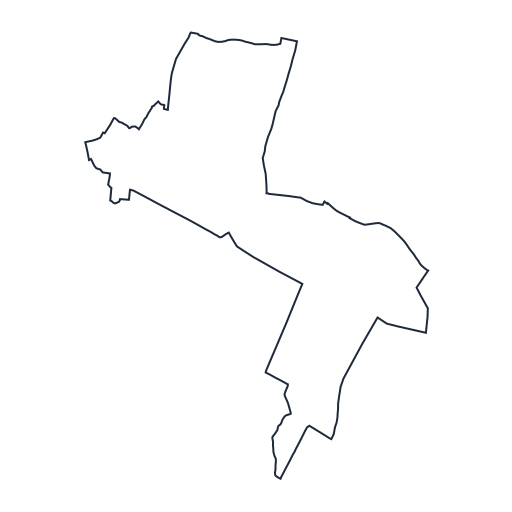 outline of San Damián Texóloc, Tlaxcala, Mexico, rotated 181°
{"feature_id": "50627088B38103366804835", "entity_name": "San Damián Texóloc", "entity_type": "district", "adm_level": 2, "iso_a3": "MEX", "parent_name": "Mexico", "parent_adm1": "Tlaxcala", "projection": "orthographic", "projection_center": [-98.295, 19.291], "detail": "fine", "context": "isolated", "style": "outline", "palette": "slate", "viewbox_px": 512, "rotation_deg": 181, "n_neighbors": 0, "source": "geoboundaries", "source_scale": "gbopen_adm2", "svg_char_len": 5396}
<svg xmlns="http://www.w3.org/2000/svg" viewBox="0 0 512 512"><g transform="rotate(181 256 256)"><path d="M218.8,471.4L234.4,474.4L235.4,468.6L237.3,468.1L238.9,467.6L241.5,467.4L244.2,467.4L249.4,468.1L255.0,467.8L260.8,467.7L264.2,468.7L266.7,469.3L270.5,470.1L273.5,471.1L276.8,471.7L280.0,471.9L284.2,471.9L287.7,471.4L290.6,470.3L294.0,469.6L297.5,469.4L300.7,470.0L307.0,472.4L309.1,472.9L313.7,475.0L314.7,475.1L315.5,475.2L317.3,476.1L317.6,476.9L318.8,477.3L322.8,477.9L325.1,478.3L325.8,477.0L327.2,473.3L328.7,470.8L331.0,467.1L339.4,451.7L340.7,447.0L342.9,438.9L343.2,437.8L343.7,435.1L344.3,429.7L344.6,426.5L345.2,418.8L345.2,418.4L346.1,408.4L346.3,406.5L346.7,400.6L350.5,401.4L350.6,401.9L350.7,402.4L350.7,402.8L350.5,403.4L350.3,404.6L350.3,405.0L350.4,405.4L350.7,405.5L351.1,405.6L351.4,405.6L351.9,405.6L352.5,405.6L353.0,405.7L353.8,406.1L354.5,406.7L355.0,407.2L355.9,408.2L356.4,408.8L357.6,407.7L358.6,406.7L359.6,405.8L360.5,404.8L361.0,404.1L361.9,404.0L362.5,403.6L362.8,403.0L362.8,402.2L363.3,401.4L364.2,400.1L364.9,398.7L365.8,397.6L366.6,395.8L367.2,394.8L367.6,393.9L368.0,392.9L369.2,391.7L370.1,390.4L371.0,388.5L371.9,386.5L372.7,385.0L373.3,384.0L374.1,382.7L374.9,381.5L375.3,380.7L376.0,381.4L376.3,381.6L377.1,382.2L378.6,383.2L379.1,383.4L379.8,383.4L380.9,383.2L382.0,383.2L382.9,382.8L383.6,382.2L384.1,381.8L384.6,381.6L385.1,381.6L385.7,382.3L386.3,383.2L387.3,384.1L389.0,385.1L390.7,385.9L391.6,386.6L392.5,387.0L394.0,387.4L395.0,387.6L395.5,388.0L396.3,388.8L396.7,389.1L397.4,389.7L398.8,390.9L399.4,391.3L399.8,391.3L400.3,391.5L400.6,391.3L404.0,384.7L409.4,376.1L411.1,376.8L413.7,371.7L415.6,370.7L416.9,370.1L420.6,368.8L420.9,368.7L423.6,368.0L425.1,367.7L426.4,367.4L428.7,366.8L428.0,364.2L426.4,357.6L424.6,349.0L424.2,349.2L422.7,350.1L421.9,348.7L420.6,346.0L419.1,343.2L417.1,340.9L413.1,339.7L412.6,339.1L412.0,338.3L410.7,336.9L403.4,336.0L403.9,331.4L405.1,324.8L402.8,322.2L401.8,321.6L401.8,321.4L402.7,309.2L402.7,308.9L402.2,308.8L401.3,308.3L400.7,307.8L400.3,307.3L399.1,306.5L398.2,306.2L397.6,306.2L397.3,306.3L394.0,307.8L393.7,308.3L393.4,308.8L393.1,309.4L393.1,309.8L393.0,310.5L392.8,310.5L384.0,310.0L383.2,319.6L383.1,320.1L382.6,320.0L381.7,319.8L380.6,319.5L379.1,319.0L376.8,317.8L375.4,317.1L367.7,313.2L366.1,312.3L363.4,311.0L360.4,309.4L357.1,307.7L356.9,307.6L356.3,307.3L353.6,305.9L349.6,303.9L344.4,301.3L341.0,299.5L339.7,298.9L338.3,298.2L332.9,295.5L330.3,294.2L330.0,294.0L326.3,292.2L325.5,291.8L321.4,289.7L312.6,285.0L306.7,281.8L304.3,280.6L301.4,279.1L297.5,276.8L295.7,276.0L293.4,274.5L292.5,274.1L291.8,274.1L290.8,274.3L290.2,274.7L288.9,275.6L287.7,276.5L286.6,277.3L285.8,277.8L283.6,278.9L281.6,275.4L277.6,268.9L276.2,266.8L275.7,266.1L275.3,265.3L265.6,259.2L258.0,254.5L256.7,253.9L232.2,240.6L209.2,228.9L214.6,215.2L224.4,189.8L243.9,141.6L244.3,139.7L243.6,139.4L242.5,138.8L239.9,137.6L238.1,136.6L234.0,134.4L231.3,133.1L228.9,131.9L226.3,130.5L224.1,129.4L222.6,128.5L222.4,128.5L221.9,128.3L222.0,126.5L224.0,121.6L224.9,118.9L225.1,117.9L224.4,115.8L222.4,111.6L221.4,109.3L220.1,105.0L218.8,100.7L218.5,99.3L218.5,98.9L218.9,98.6L221.4,97.8L222.8,97.3L223.7,96.8L224.4,96.2L225.3,95.0L226.4,93.3L227.0,91.8L227.5,90.4L228.0,89.0L228.5,88.3L229.1,87.6L229.6,87.3L230.3,86.8L230.8,86.1L231.2,84.6L231.5,82.7L232.6,80.7L233.7,79.1L234.5,77.9L235.4,76.8L235.9,76.1L236.3,75.5L236.5,74.2L236.1,72.3L235.7,70.5L235.7,69.5L235.7,67.9L235.7,66.1L235.5,65.3L235.4,64.7L235.3,62.7L235.2,61.0L235.0,59.7L234.7,58.7L234.3,57.4L233.8,55.9L233.5,55.4L233.2,54.8L232.9,54.2L232.7,53.5L232.6,52.7L232.5,51.4L232.6,49.6L232.8,47.4L232.8,45.3L232.8,43.6L232.9,42.0L233.1,40.9L233.2,39.4L233.1,38.1L233.0,37.5L232.7,36.8L231.7,36.0L230.3,35.1L229.0,34.4L227.6,33.7L226.8,35.8L225.4,38.5L222.4,44.5L221.4,46.5L218.7,51.8L215.8,57.9L213.8,61.3L213.1,63.2L210.8,67.7L207.3,74.8L204.0,81.7L202.0,85.5L199.7,87.2L191.7,82.5L185.3,78.7L179.0,74.9L177.5,74.2L175.2,79.1L174.0,86.3L172.5,90.9L171.7,96.4L171.7,99.0L171.3,104.1L171.3,110.2L170.6,115.9L169.1,126.7L166.4,135.0L147.9,170.6L133.4,196.6L124.1,190.7L113.1,188.1L84.8,182.2L83.4,198.3L83.3,206.7L90.8,219.6L94.9,227.2L92.7,230.6L85.6,241.5L83.6,244.4L85.1,245.2L87.7,247.1L90.4,249.4L92.2,251.5L93.2,253.3L93.3,253.6L96.0,257.0L98.0,260.1L99.3,261.7L101.8,264.7L103.2,266.6L104.1,267.9L105.7,270.2L106.2,270.9L106.8,271.6L107.9,273.1L112.4,277.7L114.4,279.7L117.7,282.8L118.1,283.2L122.0,286.3L125.2,287.7L125.4,287.8L126.2,288.3L126.4,288.4L129.0,289.3L131.1,290.3L133.4,291.1L136.6,290.9L144.5,289.6L147.3,289.2L148.7,289.3L154.8,291.5L158.0,292.8L160.5,294.2L163.0,295.4L162.7,296.1L163.0,296.2L163.6,296.5L164.2,296.7L166.0,297.5L166.4,297.8L167.9,298.4L168.6,298.8L170.3,299.6L170.9,299.9L172.2,300.5L173.4,301.1L174.4,301.6L175.8,302.4L177.0,303.2L177.7,303.7L179.1,304.9L179.9,305.5L180.6,306.1L183.1,308.3L185.2,310.1L185.7,309.4L188.5,311.7L188.8,311.2L190.1,308.4L193.1,308.6L200.1,309.7L206.1,311.8L211.9,314.9L212.6,315.2L213.6,315.2L223.1,316.4L244.5,318.4L245.0,318.9L246.6,318.9L246.5,319.7L246.7,325.4L247.1,330.9L247.8,338.6L249.8,347.1L251.0,354.1L249.1,360.6L248.6,366.0L246.0,375.5L242.9,383.4L241.6,388.4L238.9,401.2L236.0,407.2L235.6,410.0L233.7,415.4L231.5,421.0L229.9,426.9L228.7,430.8L227.7,434.5L226.7,438.5L224.5,446.2L223.0,452.9L220.3,462.6L218.8,471.4Z" fill="none" stroke="#1e293b" stroke-width="2"/></g></svg>